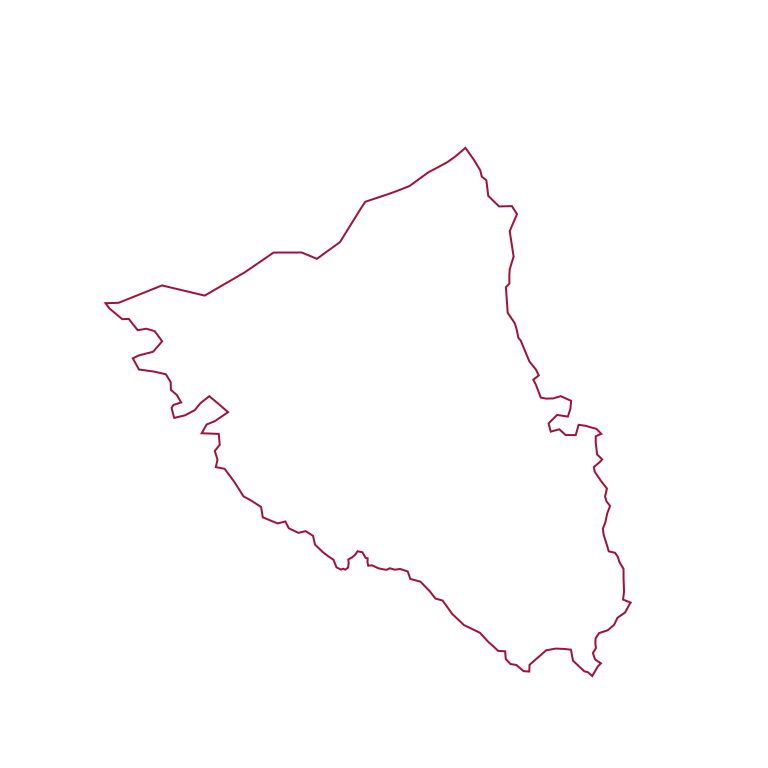 Agios Theodoros Lemesou, Limassol, Cyprus (orthographic projection), rotated 283°
{"feature_id": "46923920B32417699607002", "entity_name": "Agios Theodoros Lemesou", "entity_type": "district", "adm_level": 2, "iso_a3": "CYP", "parent_name": "Cyprus", "parent_adm1": "Limassol", "projection": "orthographic", "projection_center": [33.04, 34.894], "detail": "fine", "context": "isolated", "style": "outline", "palette": "rose", "viewbox_px": 768, "rotation_deg": 283, "n_neighbors": 0, "source": "geoboundaries", "source_scale": "gbopen_adm2", "svg_char_len": 2671}
<svg xmlns="http://www.w3.org/2000/svg" viewBox="0 0 768 768"><g transform="rotate(283 384 384)"><path d="M447.6,208.4L429.8,189.4L430.1,145.5L403.4,107.1L400.9,97.6L400.1,94.5L395.7,99.7L388.3,114.3L390.0,120.7L381.0,131.9L384.4,140.0L383.9,148.7L375.7,158.2L363.5,151.8L356.6,138.5L352.5,133.5L343.0,142.0L344.4,157.6L344.4,169.3L337.9,175.7L330.3,177.7L326.7,184.6L320.4,190.5L316.2,183.5L312.8,182.4L303.8,187.2L308.6,197.0L315.9,205.5L323.9,209.4L332.8,216.5L327.3,227.4L321.5,238.4L309.8,227.6L304.7,220.3L295.0,217.4L298.2,234.2L287.8,237.6L280.7,234.2L272.8,238.8L265.2,238.8L265.5,247.8L255.3,259.8L242.9,272.4L240.5,280.9L236.5,291.9L226.8,295.9L224.2,311.7L227.9,318.8L222.0,323.7L219.7,334.1L223.0,340.8L220.1,349.0L212.0,352.9L206.5,362.1L203.8,368.0L201.4,374.3L194.7,378.9L193.5,383.9L194.8,385.7L194.4,388.1L197.1,390.3L201.3,389.9L205.0,388.7L207.8,391.8L211.0,394.2L215.1,395.9L215.2,400.8L210.4,405.2L210.4,407.3L206.7,408.0L203.4,409.5L204.6,413.0L204.0,416.3L203.2,419.7L203.2,423.8L203.5,428.2L205.8,431.2L205.5,436.3L207.4,441.3L206.9,447.0L206.7,449.3L200.0,453.5L199.6,464.0L192.0,475.7L186.5,482.3L186.2,489.8L175.3,502.2L167.1,516.1L163.2,533.4L156.2,543.6L152.8,549.9L149.6,555.3L150.8,562.2L143.4,564.5L139.6,570.3L140.0,576.1L135.6,584.6L135.7,585.3L136.5,590.2L143.1,589.0L161.0,601.9L164.8,610.8L166.3,618.6L167.2,625.9L156.9,630.4L149.1,643.8L149.1,647.3L146.3,652.6L156.8,655.8L160.6,658.2L163.1,651.6L168.8,648.1L174.5,649.9L178.9,648.2L183.8,647.4L189.7,649.6L194.4,657.4L201.1,662.4L208.8,664.1L215.6,670.3L223.1,672.4L226.1,673.3L226.5,673.5L227.7,665.4L235.8,664.6L248.2,661.2L257.7,659.0L263.4,653.5L268.2,650.7L271.5,647.1L271.5,640.6L276.1,638.1L286.4,632.0L292.4,629.8L298.9,630.8L307.9,630.6L316.0,631.7L319.7,627.2L324.1,624.7L332.3,624.7L338.2,617.4L346.0,609.0L350.3,607.2L357.4,612.4L359.6,613.5L363.3,607.5L375.1,603.3L380.7,602.1L384.3,606.9L388.0,601.3L388.6,589.6L388.0,582.8L377.4,582.3L375.1,572.6L379.3,565.0L375.1,557.2L382.6,553.2L392.8,559.6L393.6,570.5L402.0,571.2L409.7,570.1L411.9,558.9L408.0,552.1L406.3,545.5L406.0,539.8L417.3,532.3L421.8,528.5L427.2,532.9L432.3,528.7L438.7,520.6L449.1,513.1L457.0,507.5L459.3,504.5L467.4,500.8L472.7,497.7L481.2,488.5L505.7,481.0L510.1,483.6L518.5,481.6L524.0,480.7L537.4,481.6L561.2,472.1L571.8,474.0L572.7,474.1L579.4,475.4L586.1,468.6L582.9,456.2L590.7,443.3L605.5,437.9L608.1,432.6L614.0,429.6L622.9,420.9L632.4,410.2L624.0,404.0L621.5,402.1L614.5,395.9L605.4,385.6L600.4,379.7L582.7,364.4L574.2,352.0L569.8,345.1L557.4,324.8L550.0,322.0L512.4,309.2L490.9,290.5L493.6,274.1L487.2,246.8L461.4,223.1L447.6,208.4Z" fill="none" stroke="#9f1239" stroke-width="2"/></g></svg>